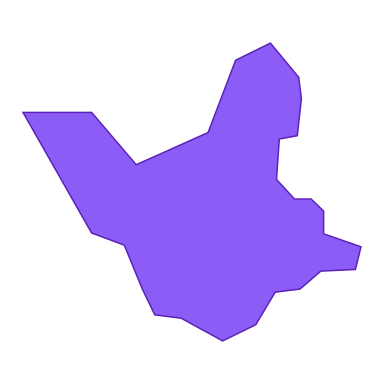 the border of Valenzuela
{"feature_id": "PHL-5547", "entity_name": "Valenzuela", "entity_type": "Highly Urbanized City", "adm_level": 1, "iso_a3": "PHL", "parent_name": "Philippines", "parent_adm1": "", "projection": "natural_earth1", "projection_center": [120.998, 14.7], "detail": "fine", "context": "isolated", "style": "filled", "palette": "violet", "viewbox_px": 384, "rotation_deg": 0, "n_neighbors": 0, "source": "natural_earth", "source_scale": "10m", "svg_char_len": 461}
<svg xmlns="http://www.w3.org/2000/svg" viewBox="0 0 384 384"><path d="M136.2,164.7L208.1,132.5L235.6,60.2L270.4,43.1L298.7,77.3L301.4,98.4L297.3,135.7L279.3,139.0L276.5,179.5L294.5,199.0L311.1,199.0L323.6,211.1L323.6,233.8L361.0,246.8L355.4,269.5L320.8,271.1L300.1,289.0L275.2,292.2L255.8,324.7L222.6,340.9L181.1,318.2L154.8,314.9L142.3,289.0L124.3,245.2L91.6,233.0L23.0,112.4L91.6,112.4L136.2,164.7Z" fill="#8b5cf6" stroke="#5b21b6" stroke-width="1.5"/></svg>